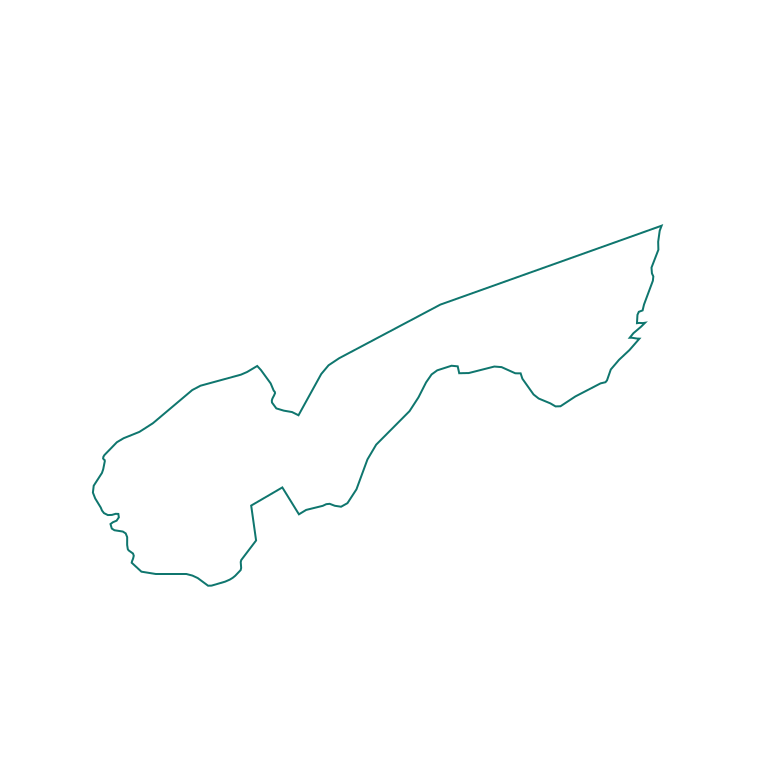 map outline of Negros Occidental (Equal Earth projection), rotated 220°
{"feature_id": "PHL-2518", "entity_name": "Negros Occidental", "entity_type": "Province", "adm_level": 1, "iso_a3": "PHL", "parent_name": "Philippines", "parent_adm1": "", "projection": "equal_earth", "projection_center": [123.001, 10.217], "detail": "fine", "context": "isolated", "style": "outline", "palette": "teal", "viewbox_px": 768, "rotation_deg": 220, "n_neighbors": 0, "source": "natural_earth", "source_scale": "10m", "svg_char_len": 1834}
<svg xmlns="http://www.w3.org/2000/svg" viewBox="0 0 768 768"><g transform="rotate(220 384 384)"><path d="M273.1,683.7L271.3,678.6L265.4,669.2L260.1,663.2L253.9,645.1L249.9,641.0L246.8,639.5L244.4,635.9L235.9,612.0L233.2,606.6L235.2,603.1L234.3,599.9L229.3,593.2L227.7,594.9L224.9,597.0L223.4,598.7L223.9,593.2L225.6,583.2L225.5,577.4L223.8,578.8L219.3,581.5L217.5,582.9L217.8,567.7L219.5,553.6L219.6,540.9L215.5,530.1L215.5,527.7L218.5,523.7L229.4,497.5L234.5,480.4L238.2,477.1L244.1,476.1L256.2,472.3L262.7,472.1L281.4,477.0L286.2,480.0L290.3,476.6L304.8,472.5L310.7,468.3L326.1,446.9L333.3,440.6L338.9,444.9L344.0,441.4L352.0,428.7L353.7,421.9L352.8,412.3L349.0,395.9L347.0,379.6L351.0,332.5L348.2,315.6L337.4,285.6L335.4,269.2L338.0,262.4L343.4,259.1L348.6,257.3L351.0,254.8L352.6,251.3L362.7,237.5L365.4,229.5L395.4,239.4L407.6,205.5L381.4,181.9L380.2,157.4L379.3,155.5L375.2,151.3L374.2,149.3L374.7,141.4L375.3,138.3L376.4,135.0L378.7,130.4L386.5,118.7L389.1,116.4L402.0,115.6L407.6,114.1L413.3,111.4L436.8,91.7L449.2,84.3L462.4,84.9L463.1,86.3L464.0,89.0L465.3,91.6L467.3,92.8L472.7,92.4L474.1,92.8L477.3,95.6L482.3,101.6L485.8,103.5L489.2,103.1L496.5,98.7L499.6,98.3L503.5,100.9L502.8,103.9L501.0,107.4L501.4,111.4L504.0,113.7L506.1,112.1L508.3,108.8L511.3,106.1L515.5,105.1L518.7,105.8L521.6,107.3L531.7,110.7L537.2,113.7L541.0,119.5L542.9,134.6L544.3,138.2L548.3,145.5L549.2,146.2L550.2,146.1L551.3,146.4L552.2,147.9L552.5,149.9L551.2,167.7L548.6,175.1L540.6,190.1L535.8,205.5L527.0,256.1L523.5,264.7L499.6,299.2L496.6,305.2L492.7,316.3L487.3,315.6L471.2,311.6L464.2,308.0L462.7,307.8L461.6,307.0L460.8,304.3L460.4,302.2L459.9,300.5L459.2,299.1L457.9,297.8L450.8,296.1L443.6,299.2L436.4,303.4L429.4,305.1L438.5,351.3L438.5,362.7L434.9,375.0L391.9,481.0L273.1,683.7Z" fill="none" stroke="#0f766e" stroke-width="2"/></g></svg>